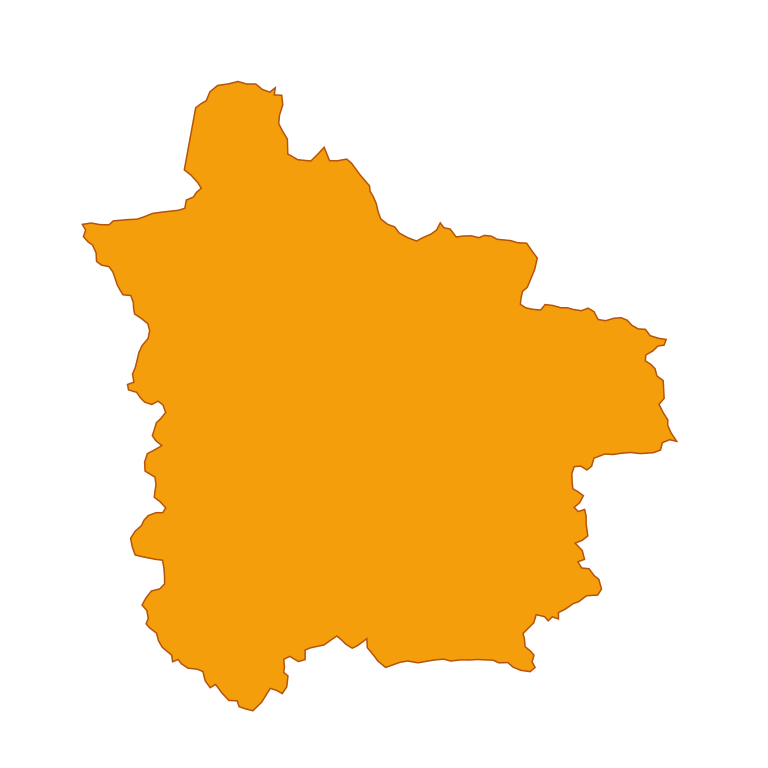 Tijucas do Sul, Paraná, Brazil, rotated 85°
{"feature_id": "56859067B30138498988060", "entity_name": "Tijucas do Sul", "entity_type": "district", "adm_level": 2, "iso_a3": "BRA", "parent_name": "Brazil", "parent_adm1": "Paraná", "projection": "orthographic", "projection_center": [-49.109, -25.886], "detail": "fine", "context": "isolated", "style": "filled", "palette": "amber", "viewbox_px": 768, "rotation_deg": 85, "n_neighbors": 0, "source": "geoboundaries", "source_scale": "gbopen_adm2", "svg_char_len": 3993}
<svg xmlns="http://www.w3.org/2000/svg" viewBox="0 0 768 768"><g transform="rotate(85 384 384)"><path d="M198.7,670.6L204.6,667.8L211.0,670.6L216.6,666.5L220.2,662.2L228.2,659.4L236.8,659.7L240.9,655.2L243.2,647.6L248.6,644.4L256.1,642.5L262.2,641.0L267.6,638.7L272.4,636.2L273.8,628.5L281.0,626.6L286.4,626.9L292.6,626.3L297.0,620.7L303.2,614.1L310.4,612.8L318.0,615.0L324.5,621.5L331.4,625.5L338.5,627.8L345.8,630.3L352.3,633.7L360.4,633.0L362.1,639.6L367.6,639.0L370.7,631.2L376.6,627.8L381.1,624.1L384.2,617.1L381.4,610.6L385.6,606.0L393.4,604.0L399.0,609.4L402.7,614.1L409.7,616.9L415.3,619.3L420.5,616.3L426.0,610.7L429.6,618.3L432.8,625.9L441.0,629.3L450.0,629.6L456.8,620.3L464.6,619.9L471.1,621.6L476.8,622.7L482.0,617.1L488.4,612.2L492.9,615.7L492.3,622.2L494.5,630.3L498.8,635.0L504.0,638.0L508.8,644.6L515.6,649.9L524.2,649.0L532.6,646.8L534.9,640.2L536.9,633.4L538.9,626.3L540.2,620.0L547.8,619.3L556.5,619.4L564.0,620.0L568.6,625.3L569.9,633.7L576.3,639.7L583.1,644.3L589.0,640.0L597.1,639.3L602.2,641.9L606.6,638.7L612.4,632.3L619.9,631.1L626.9,627.9L631.6,623.2L635.5,619.2L642.3,618.8L640.5,613.0L645.1,610.2L650.0,604.1L651.8,595.1L654.6,589.5L664.1,588.0L671.4,583.6L668.6,578.0L678.1,572.1L685.7,566.1L686.9,557.8L692.8,556.5L695.8,549.7L698.1,543.1L690.2,533.5L684.3,529.1L677.3,523.8L679.8,517.9L683.5,512.3L677.3,507.3L666.5,505.1L662.5,509.1L657.2,507.8L649.6,507.9L647.1,501.6L653.0,493.5L651.7,486.6L642.1,485.7L640.4,480.1L638.7,466.4L634.2,458.8L630.9,453.0L635.3,448.6L639.8,444.8L644.4,438.7L642.4,433.3L636.2,423.3L645.2,423.6L654.1,417.5L659.3,414.4L666.5,407.1L662.6,392.1L662.0,384.7L664.7,374.4L663.8,364.1L663.3,356.9L663.3,348.5L665.8,341.7L665.5,332.4L666.4,322.4L666.6,314.9L667.8,305.9L668.6,299.6L671.8,293.8L672.3,284.9L677.0,280.5L681.1,272.9L683.3,263.5L679.6,258.2L673.8,260.7L667.2,258.2L662.5,261.6L658.0,266.3L650.4,266.3L644.6,267.2L634.9,255.6L627.1,252.5L629.7,244.4L634.2,241.0L630.6,236.6L633.3,230.7L626.9,230.1L624.1,223.1L619.3,214.7L617.9,209.2L612.6,200.6L612.9,189.5L607.2,185.2L597.4,187.0L592.9,191.6L585.9,195.8L584.5,203.2L578.0,206.3L576.2,199.5L567.2,201.0L559.2,207.5L557.0,200.1L553.1,194.2L541.0,194.8L532.8,194.2L526.4,195.1L528.0,201.6L523.5,205.3L519.2,199.4L512.7,195.1L508.1,200.3L504.8,205.0L497.7,205.1L489.6,204.7L482.9,201.7L483.0,195.1L487.3,189.4L484.1,184.4L476.2,181.3L473.0,170.1L474.2,162.1L473.7,154.5L473.7,144.2L475.7,134.6L475.9,121.5L473.9,114.3L466.7,111.8L464.4,104.4L466.6,97.4L457.9,102.2L449.8,105.0L444.5,104.4L436.8,108.4L428.2,111.8L422.8,106.2L412.4,105.8L404.9,105.6L399.8,111.4L392.3,112.7L387.7,116.5L383.7,121.7L377.8,120.5L374.6,113.4L370.1,107.8L369.7,101.6L364.2,99.0L362.5,106.2L359.1,114.6L352.3,118.9L351.3,125.9L347.0,132.1L341.7,136.1L338.6,142.0L338.6,149.6L340.3,157.7L338.4,165.1L330.2,168.5L326.2,174.2L328.2,180.8L326.3,188.8L324.0,194.8L323.5,201.0L320.4,209.3L318.9,216.6L324.0,221.5L322.3,230.4L320.4,236.2L316.5,241.2L310.3,240.0L303.6,237.8L300.4,233.0L292.3,228.7L282.7,223.8L271.9,220.3L265.9,224.1L256.1,229.7L254.9,238.8L252.2,245.2L249.7,258.7L246.0,264.3L244.7,271.1L246.5,276.6L244.0,284.2L243.5,292.0L243.8,299.3L235.4,304.6L233.5,310.8L228.4,313.9L235.2,318.2L238.8,324.2L241.6,332.6L244.4,339.1L240.3,347.6L234.9,355.7L228.4,359.7L225.3,366.4L219.2,372.9L211.1,375.0L203.6,376.0L196.8,378.2L190.9,381.0L185.3,381.2L179.6,385.3L173.0,390.0L161.2,397.1L156.7,401.6L157.6,411.5L156.7,418.8L143.0,423.0L149.6,430.3L155.5,437.5L153.0,450.5L146.4,459.8L131.7,458.9L123.3,463.0L115.5,466.2L106.8,464.6L97.0,460.5L87.5,460.7L86.4,468.1L79.4,466.5L83.3,472.4L79.9,479.6L74.0,485.6L73.2,494.6L69.9,503.1L71.5,513.3L72.1,523.8L77.8,532.0L86.2,536.3L88.9,542.0L92.4,547.5L153.3,564.3L159.1,558.1L167.2,551.9L173.1,549.0L176.7,554.1L181.2,557.7L183.5,564.9L191.6,567.1L193.0,573.3L193.4,590.1L193.9,599.7L196.7,609.1L198.3,615.8L197.9,624.4L197.9,633.3L197.9,639.5L201.5,644.1L200.4,653.4L198.1,661.6L198.7,670.6Z" fill="#f59e0b" stroke="#b45309" stroke-width="1.5"/></g></svg>